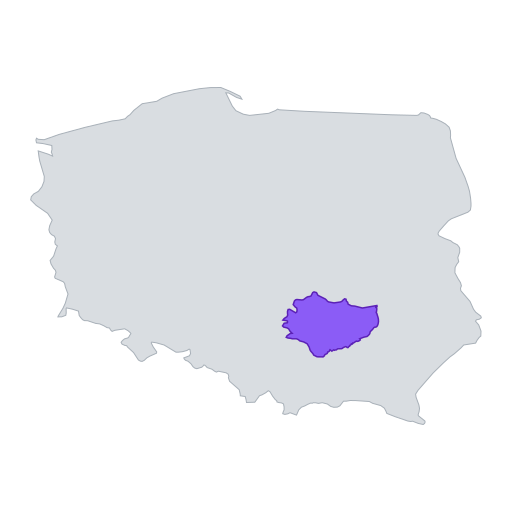 where Świętokrzyskie sits in Poland
{"feature_id": "POL-3149", "entity_name": "Świętokrzyskie", "entity_type": "Voivodeship", "adm_level": 1, "iso_a3": "POL", "parent_name": "Poland", "parent_adm1": "", "projection": "natural_earth1", "projection_center": [20.88, 50.732], "detail": "fine", "context": "in_parent", "style": "filled", "palette": "violet", "viewbox_px": 512, "rotation_deg": 0, "n_neighbors": 0, "source": "natural_earth", "source_scale": "10m", "svg_char_len": 5780}
<svg xmlns="http://www.w3.org/2000/svg" viewBox="0 0 512 512"><path d="M458.0,278.6L460.5,282.6L461.4,285.8L460.5,288.2L460.8,290.7L470.0,301.4L473.5,309.2L475.7,312.2L480.8,316.1L481.3,317.8L479.3,319.2L476.4,319.8L475.5,321.2L478.7,324.9L481.0,331.1L480.8,336.1L479.2,337.4L477.0,340.4L475.6,343.1L463.7,345.0L460.9,348.0L454.4,353.7L450.0,356.9L443.5,362.8L433.1,373.0L418.1,390.2L415.6,394.1L416.1,397.3L418.9,405.0L419.5,408.4L419.1,411.6L418.2,414.4L418.3,415.7L424.9,421.0L425.1,422.0L424.6,423.4L423.2,424.5L418.2,423.4L412.6,421.2L410.7,421.5L407.7,421.0L395.2,416.7L386.8,413.4L386.0,411.3L384.4,408.2L380.8,405.6L372.6,403.3L369.3,401.5L356.0,400.6L350.2,400.5L346.1,401.2L343.5,401.2L339.9,405.8L337.4,407.1L333.8,407.3L330.7,406.4L327.4,404.0L322.2,402.7L318.5,403.4L315.7,402.8L313.3,402.7L312.5,403.2L310.6,403.1L307.8,404.3L304.8,405.9L301.4,407.2L298.8,409.8L296.5,415.1L290.0,412.7L287.9,413.8L284.8,414.4L282.7,413.7L283.2,411.9L284.1,409.9L284.1,407.0L283.5,403.9L281.5,402.9L278.5,402.5L276.9,401.9L276.8,400.8L275.2,399.5L272.6,396.1L270.1,391.9L268.3,390.7L265.8,392.7L261.9,394.9L259.5,395.7L254.8,402.2L246.5,402.5L246.0,399.4L245.2,396.5L240.3,395.8L240.2,394.0L239.2,389.7L229.6,381.3L228.4,377.8L228.8,376.4L228.2,374.2L226.1,372.8L218.4,371.2L216.4,372.1L214.6,371.2L211.9,369.2L207.0,367.5L206.5,366.7L204.8,365.2L203.8,365.0L203.2,365.9L201.8,367.2L196.8,368.7L194.8,368.1L193.0,366.7L191.0,363.8L188.0,361.2L185.5,360.3L184.2,358.9L183.8,357.9L189.4,355.8L190.6,353.6L190.0,349.6L189.1,349.1L186.9,350.5L182.4,351.7L178.1,352.2L176.0,352.2L164.1,345.0L156.3,342.8L151.7,342.1L151.2,342.9L153.2,346.9L156.7,351.9L156.5,353.2L149.7,356.2L146.8,357.9L144.3,360.3L142.1,361.4L140.3,361.1L138.4,360.0L133.6,352.6L127.4,346.9L126.7,345.7L124.8,345.4L122.0,344.1L121.1,342.3L122.5,340.5L124.5,338.9L127.9,337.9L128.9,336.9L129.6,335.5L130.9,333.6L130.5,332.9L128.2,330.8L124.7,328.8L114.8,330.3L112.1,331.4L110.6,330.0L109.5,328.0L107.0,327.6L103.7,325.7L99.7,323.9L95.7,323.4L87.6,320.7L84.4,320.6L82.6,319.7L80.8,317.7L79.2,315.5L78.5,311.1L72.5,309.2L66.5,307.9L66.1,308.5L66.2,313.0L65.8,315.3L61.8,316.8L57.9,316.9L58.1,316.2L63.0,308.2L65.3,303.2L68.0,294.0L65.3,286.8L64.6,283.4L63.3,281.8L55.2,278.3L54.6,277.0L56.0,272.3L55.4,270.3L53.5,268.2L51.0,263.9L50.1,260.4L53.6,256.2L56.0,248.9L57.4,245.9L55.3,244.3L54.8,242.0L55.5,238.6L54.4,236.2L51.5,234.6L49.7,232.5L48.9,229.8L49.7,225.7L52.2,220.1L47.6,213.3L36.2,205.4L30.7,199.9L31.3,196.7L33.8,193.9L38.4,191.3L41.9,186.8L44.0,181.4L44.3,176.5L39.7,160.9L39.0,156.9L38.2,150.9L48.3,154.2L52.6,156.1L52.1,154.0L51.3,152.2L52.0,149.5L51.8,145.5L42.6,143.5L36.5,142.8L35.9,140.0L36.5,138.2L38.2,139.3L44.2,139.7L59.2,134.4L84.9,127.4L112.4,120.9L118.8,120.2L125.2,118.8L127.6,116.3L130.0,114.7L133.8,110.4L142.2,103.7L156.7,101.3L162.2,98.1L173.6,93.7L199.5,88.7L210.3,87.6L220.8,87.5L230.2,91.4L240.1,96.2L241.9,99.2L236.5,97.4L228.7,93.0L225.8,92.8L232.3,106.1L235.9,110.7L243.3,114.2L249.6,115.4L268.8,113.3L275.6,110.5L277.6,109.1L279.3,109.8L304.4,111.3L391.7,114.8L416.8,115.4L418.4,115.0L420.9,112.7L424.0,113.0L427.7,114.4L429.5,115.5L430.2,116.6L430.7,118.0L432.7,118.3L436.4,119.3L441.4,121.6L445.4,123.9L449.1,127.2L450.4,130.9L450.6,135.1L450.4,137.8L456.1,158.4L464.9,177.3L468.1,186.4L469.5,191.3L470.6,198.4L471.0,203.3L471.0,206.1L470.4,210.0L467.9,212.2L451.5,218.7L448.4,220.8L443.7,225.9L439.2,231.1L438.2,232.9L438.0,234.1L439.0,235.8L444.9,238.6L450.8,240.8L452.8,242.5L457.2,244.7L458.8,246.6L459.7,248.3L459.7,252.2L457.8,257.6L458.7,261.7L456.7,264.4L455.1,267.5L454.9,272.8L458.0,278.6Z" fill="#d9dde1" stroke="#a8b0b8" stroke-width="1"/><path d="M314.0,291.9L316.5,292.6L317.9,295.3L325.3,299.0L326.4,300.0L327.4,301.2L328.5,301.9L334.0,302.9L340.3,302.0L341.8,301.4L343.2,299.9L344.6,298.8L346.0,299.2L346.4,301.1L347.7,302.3L347.9,303.3L348.2,304.2L351.3,305.8L354.8,306.1L362.4,308.0L376.9,305.5L377.1,306.3L376.9,306.7L376.5,306.9L376.1,307.1L375.8,307.1L375.8,307.5L376.7,308.0L376.8,309.1L376.5,311.7L376.4,311.8L376.3,312.0L376.2,312.1L376.2,312.5L376.3,312.8L376.5,313.0L376.8,313.3L376.9,313.8L378.0,317.4L378.3,318.7L378.4,319.4L378.5,321.6L378.1,323.9L377.8,324.8L377.3,325.9L376.6,326.7L375.8,327.1L374.6,327.2L373.8,327.7L372.5,329.5L370.3,331.6L370.0,332.5L369.8,333.6L369.2,334.5L367.8,335.9L367.0,336.5L364.1,337.1L359.7,338.7L359.9,338.9L360.3,339.9L359.5,340.6L358.3,341.2L357.1,341.4L356.3,341.1L353.5,343.0L353.3,343.1L352.7,343.0L352.5,343.4L352.6,343.7L352.5,343.9L352.0,344.2L351.7,344.2L351.3,343.9L351.0,344.7L350.5,345.1L349.9,345.3L349.7,345.6L349.7,346.1L349.2,346.3L348.9,346.5L348.1,347.4L348.1,347.5L347.3,347.6L346.9,347.3L346.5,346.9L345.8,346.6L345.3,346.7L343.4,347.5L343.0,347.8L342.6,348.2L342.1,348.5L341.4,348.7L338.0,348.8L337.5,348.9L337.1,349.2L336.7,349.7L336.3,349.9L335.0,350.0L334.4,350.3L333.7,349.9L333.1,350.2L332.5,350.8L331.7,351.1L330.0,349.7L329.7,350.1L329.4,351.1L328.4,351.9L327.8,351.9L327.7,352.1L327.5,352.3L327.4,353.0L327.3,353.3L326.7,353.8L325.2,354.4L324.6,355.1L324.5,355.7L323.1,356.9L317.1,356.8L313.7,355.1L312.9,353.6L310.8,351.2L310.0,349.9L309.2,347.2L307.2,343.8L303.6,341.9L299.8,340.9L298.3,339.6L296.5,338.8L292.2,338.8L290.9,338.4L287.8,338.0L286.2,337.3L287.1,335.7L290.3,333.5L292.1,333.3L290.0,331.2L288.7,328.9L287.1,327.9L283.7,327.1L282.5,325.9L284.2,323.2L287.3,322.8L287.5,322.4L287.5,321.7L287.4,321.0L286.8,320.8L282.9,320.1L284.0,318.7L285.3,317.7L286.9,316.8L287.7,315.1L287.5,313.3L287.5,311.4L288.1,309.5L289.7,309.3L295.7,312.8L296.8,311.9L297.1,310.0L296.7,308.0L295.3,307.1L293.2,304.6L294.4,301.0L295.5,299.9L296.9,299.5L301.9,300.0L303.4,299.7L306.6,297.3L308.0,296.7L309.5,296.5L311.0,296.0L312.7,292.6L314.0,291.9Z" fill="#8b5cf6" stroke="#5b21b6" stroke-width="1.5"/></svg>